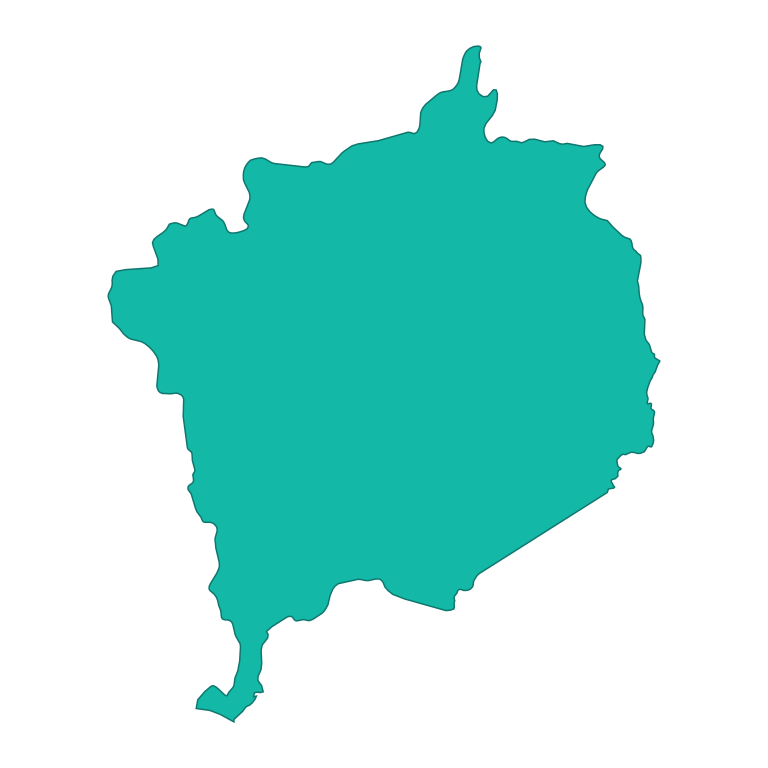 outline of Haute-Kotto
{"feature_id": "CAF-866", "entity_name": "Haute-Kotto", "entity_type": "Prefecture", "adm_level": 1, "iso_a3": "CAF", "parent_name": "Central African Republic", "parent_adm1": "", "projection": "robinson", "projection_center": [22.992, 7.358], "detail": "fine", "context": "isolated", "style": "filled", "palette": "teal", "viewbox_px": 768, "rotation_deg": 0, "n_neighbors": 0, "source": "natural_earth", "source_scale": "10m", "svg_char_len": 6099}
<svg xmlns="http://www.w3.org/2000/svg" viewBox="0 0 768 768"><path d="M480.9,61.8L480.1,63.1L476.6,85.9L477.0,90.3L479.1,94.0L483.3,96.7L487.6,96.3L493.5,89.8L496.2,90.0L497.4,93.9L497.2,100.1L495.2,110.3L492.5,115.3L486.0,123.5L484.0,128.2L483.9,132.5L485.2,137.3L487.6,141.2L490.8,142.9L493.1,142.3L496.9,139.1L499.1,137.7L502.0,137.0L504.7,137.4L507.1,138.6L509.5,140.5L511.6,141.4L516.6,141.3L521.7,142.8L524.3,141.9L529.2,139.4L534.7,139.2L544.7,141.8L553.4,140.8L559.7,143.7L562.8,144.2L567.2,143.4L583.7,146.5L594.2,144.8L600.1,144.7L602.9,146.4L602.6,149.0L599.7,153.7L599.1,156.3L600.2,158.8L604.5,162.6L605.3,164.8L604.2,166.5L597.8,171.3L596.2,173.2L587.4,190.0L585.5,196.1L584.9,202.0L586.5,207.2L589.9,211.7L594.2,215.4L598.4,217.9L600.9,219.0L607.3,220.6L613.2,227.3L621.8,235.3L624.4,237.1L630.0,239.1L631.0,240.5L631.8,242.8L632.4,246.7L633.1,248.5L634.0,249.7L635.9,251.2L637.5,253.2L640.5,255.5L640.9,258.2L640.9,262.9L637.4,280.8L638.7,286.2L639.2,293.4L639.9,297.6L641.0,301.1L642.3,304.2L642.8,306.4L642.9,308.6L642.7,312.9L642.9,314.9L643.3,316.3L644.2,317.6L644.9,319.6L644.3,334.4L645.9,339.9L646.8,341.3L648.7,343.6L649.6,345.3L651.7,352.3L652.3,353.0L654.4,354.2L654.6,355.0L654.2,356.1L654.9,357.9L657.7,359.7L659.7,360.8L659.8,361.3L657.8,364.7L655.1,372.0L653.1,374.7L652.1,377.8L650.3,380.6L647.8,387.4L646.9,391.1L646.7,393.0L647.0,395.3L647.9,397.8L648.0,399.0L647.3,402.5L647.5,403.5L648.0,404.0L650.1,403.2L650.8,403.3L651.3,403.9L651.5,404.8L650.9,408.2L651.2,408.9L651.8,409.4L653.3,410.2L654.4,411.4L654.5,412.6L654.3,414.2L653.5,417.1L653.3,418.8L653.5,422.3L653.4,424.5L651.6,430.8L651.8,433.2L652.9,435.6L653.6,439.7L653.4,442.4L652.0,446.1L651.3,446.9L650.3,446.8L648.8,446.2L648.0,446.3L647.1,447.2L644.6,451.4L644.0,451.9L640.3,453.3L637.7,453.5L634.6,452.5L631.1,452.3L630.3,452.5L625.7,454.6L623.0,454.3L621.8,454.8L620.5,455.8L617.4,459.2L616.8,460.3L617.5,464.4L618.0,466.2L619.1,467.5L620.6,468.2L620.9,468.7L620.7,469.4L618.8,470.3L618.1,471.2L617.7,473.1L617.9,475.4L617.8,476.3L615.2,478.7L612.5,479.4L611.7,479.8L611.2,480.6L611.3,482.0L612.5,483.5L613.4,485.9L614.5,486.7L614.5,487.4L613.7,488.1L608.5,488.9L607.2,492.5L479.3,573.5L477.1,575.5L474.0,580.4L473.5,582.2L473.0,585.8L472.3,587.1L470.5,589.0L469.2,589.7L468.0,590.1L465.2,590.5L463.4,590.4L460.8,589.3L459.1,589.6L458.2,590.1L457.6,590.9L456.8,593.3L454.5,596.1L454.1,597.2L454.1,598.2L454.7,600.7L454.1,603.4L454.3,607.6L453.8,608.9L450.6,610.1L446.0,610.6L404.8,599.0L392.8,594.4L388.0,590.5L385.0,587.1L383.3,582.9L382.5,581.5L380.8,579.8L379.6,579.2L377.6,578.9L375.2,579.1L368.5,580.6L366.0,580.6L361.3,579.6L358.1,579.3L338.2,583.7L335.2,586.0L332.9,588.9L330.2,595.2L327.9,604.8L325.8,608.7L324.3,611.0L322.0,613.3L313.0,619.2L310.3,620.4L308.2,620.6L304.5,619.7L302.7,619.7L296.8,620.9L295.4,620.6L294.3,619.7L292.4,617.1L291.2,616.4L288.8,616.4L286.8,617.2L271.7,626.8L269.4,629.0L266.6,631.3L266.9,632.5L268.1,634.3L267.6,638.1L262.2,645.0L261.1,650.4L261.7,663.3L261.0,669.6L258.1,676.2L257.8,680.0L258.4,681.2L261.6,685.6L263.2,691.8L260.3,692.6L257.0,692.2L254.4,692.8L253.6,696.7L256.4,696.1L255.0,699.3L252.0,703.1L249.6,705.1L246.7,706.4L245.5,707.4L242.6,711.4L234.0,719.4L233.9,721.9L220.0,714.3L209.7,710.4L196.2,708.5L197.8,699.7L204.6,691.8L210.3,686.9L212.0,685.9L213.5,685.8L215.4,686.6L218.1,688.7L224.1,694.4L225.9,695.7L227.1,695.6L228.9,692.2L232.2,688.4L233.5,686.6L234.1,684.7L235.0,678.0L237.8,670.8L239.7,660.9L240.5,646.6L240.1,643.7L236.4,637.3L235.2,634.7L232.7,624.0L231.5,621.8L229.7,620.5L227.3,619.9L224.7,619.8L222.7,619.1L221.5,617.5L220.9,611.7L220.2,609.0L218.9,606.0L217.6,600.2L216.5,597.4L214.3,594.3L210.1,590.7L209.1,589.1L209.2,586.4L210.2,584.0L216.7,573.4L218.3,569.9L219.4,566.6L219.3,562.6L215.9,548.2L215.0,539.1L215.3,537.5L217.0,531.4L217.2,529.8L216.9,527.9L216.1,526.2L213.9,523.8L211.9,522.8L210.1,522.3L204.9,522.3L203.8,522.1L202.9,521.3L202.1,520.0L201.0,517.2L198.4,513.8L196.9,511.7L195.6,508.6L191.2,493.9L188.7,490.5L188.0,489.1L188.0,487.2L188.4,486.2L189.2,485.3L192.4,483.0L193.1,482.0L193.5,480.9L193.4,477.9L192.9,475.8L192.9,474.8L193.2,473.8L194.4,472.0L194.8,471.0L194.8,469.5L192.4,460.6L192.0,453.6L191.3,452.0L188.4,449.6L187.4,447.8L183.2,416.5L183.7,399.3L182.9,396.9L181.3,395.0L177.9,393.4L175.7,393.1L170.9,393.8L162.4,393.4L160.1,392.5L158.4,390.8L157.1,387.6L156.9,385.1L158.7,366.1L158.6,362.9L157.8,358.9L156.6,356.2L155.0,353.7L152.7,350.6L149.0,346.8L145.1,343.7L141.6,341.7L130.6,339.0L127.4,337.2L123.8,334.1L119.2,328.3L112.5,322.0L111.3,305.7L108.4,297.8L108.2,295.8L108.6,293.6L111.4,288.0L112.0,286.0L112.3,283.5L112.1,280.3L112.8,276.3L116.1,271.4L125.9,269.6L151.1,267.9L158.1,265.6L158.0,259.2L153.3,246.4L152.5,242.6L153.9,239.5L156.8,236.8L162.7,232.7L165.6,230.2L167.3,227.9L169.3,224.2L172.4,223.2L175.0,222.8L177.3,223.1L184.9,226.1L186.2,225.8L187.4,224.1L189.0,219.9L189.9,218.7L191.0,218.1L195.6,217.3L198.4,216.1L209.0,209.7L211.9,209.1L213.3,209.3L214.1,210.2L215.5,214.1L216.7,215.8L218.5,217.4L222.3,220.3L223.7,222.0L224.9,224.5L226.9,230.0L228.4,232.0L231.0,233.0L234.5,233.0L238.9,232.2L243.6,230.7L246.8,229.1L248.2,227.0L248.2,225.3L247.5,224.1L245.3,221.9L244.3,220.4L243.6,218.5L243.6,216.5L244.1,214.0L249.5,200.2L249.8,198.7L250.0,196.3L249.3,192.5L244.4,182.5L243.7,180.4L243.4,179.0L243.3,174.6L243.7,171.3L244.7,168.1L246.1,165.3L248.1,162.6L249.5,161.1L250.7,160.2L254.9,158.8L258.3,158.2L261.8,157.9L265.3,159.0L271.4,162.6L274.2,163.5L305.1,167.0L307.4,166.7L308.7,166.3L311.7,162.6L318.8,161.5L320.8,161.6L326.1,163.9L327.6,164.2L330.0,164.2L331.5,163.6L333.2,162.4L341.8,153.1L344.3,151.1L352.1,145.8L358.2,143.9L378.3,140.7L407.6,132.3L409.3,132.3L413.9,133.6L415.6,133.1L417.3,131.8L419.3,127.8L420.0,123.8L420.7,112.6L422.7,108.1L425.7,104.3L436.7,95.1L440.0,92.8L442.8,91.9L448.7,91.0L451.7,90.1L452.8,89.5L455.0,87.4L457.4,84.2L458.5,82.0L459.4,78.6L462.7,59.2L464.0,55.7L465.4,52.9L466.7,51.0L469.8,48.4L473.6,46.6L477.7,46.1L479.5,46.3L480.5,46.9L481.0,47.8L479.2,53.4L479.4,57.9L480.9,61.8Z" fill="#14b8a6" stroke="#0f766e" stroke-width="1.5"/></svg>